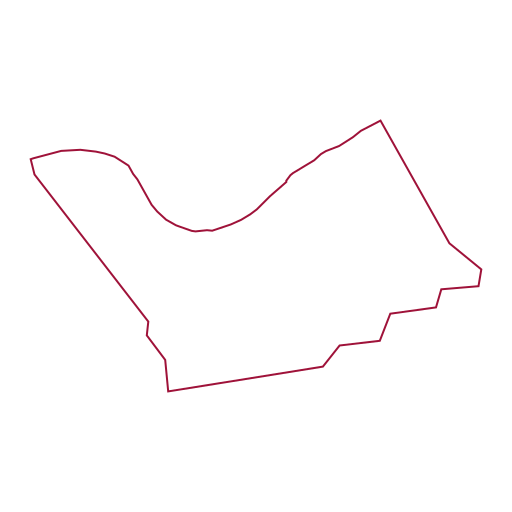 Carroll, Kentucky, United States of America
{"feature_id": "52423323B55040990829980", "entity_name": "Carroll", "entity_type": "district", "adm_level": 2, "iso_a3": "USA", "parent_name": "United States of America", "parent_adm1": "Kentucky", "projection": "equal_earth", "projection_center": [-85.147, 38.671], "detail": "fine", "context": "isolated", "style": "outline", "palette": "rose", "viewbox_px": 512, "rotation_deg": 0, "n_neighbors": 0, "source": "geoboundaries", "source_scale": "gbopen_adm2", "svg_char_len": 733}
<svg xmlns="http://www.w3.org/2000/svg" viewBox="0 0 512 512"><path d="M322.9,366.6L339.6,345.5L379.8,340.8L390.3,313.7L436.0,307.4L441.3,289.3L478.5,286.2L481.3,269.4L449.4,243.3L380.5,120.6L360.9,130.8L352.9,137.2L339.1,146.0L325.9,151.1L320.9,154.1L314.3,160.2L293.1,173.0L290.4,175.2L286.3,180.7L286.3,182.0L270.0,196.2L256.8,209.4L250.4,214.2L241.2,219.8L230.7,224.5L212.2,230.7L207.0,230.2L195.5,231.4L191.8,230.9L179.3,226.5L176.0,225.3L166.1,219.7L157.2,211.5L151.6,204.8L137.4,179.4L133.1,173.9L128.5,165.6L114.6,156.7L104.7,153.5L95.8,151.6L80.3,149.8L61.2,150.9L33.3,158.3L30.7,159.2L34.5,174.5L148.3,321.6L146.8,335.4L165.2,359.9L168.2,391.4L217.0,383.6L322.9,366.6Z" fill="none" stroke="#9f1239" stroke-width="2"/></svg>